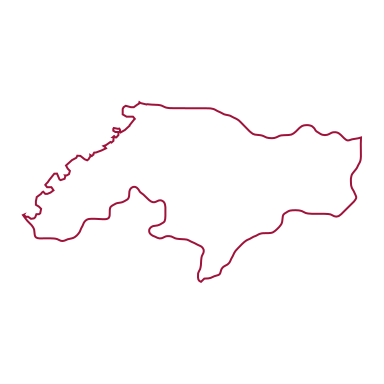 the district of Banica, La Estrelleta, Dominican Republic
{"feature_id": "3306468B73916150464178", "entity_name": "Banica", "entity_type": "district", "adm_level": 2, "iso_a3": "DOM", "parent_name": "Dominican Republic", "parent_adm1": "La Estrelleta", "projection": "albers", "projection_center": [-71.658, 19.016], "detail": "fine", "context": "isolated", "style": "outline", "palette": "rose", "viewbox_px": 384, "rotation_deg": 0, "n_neighbors": 0, "source": "geoboundaries", "source_scale": "gbopen_adm2", "svg_char_len": 5475}
<svg xmlns="http://www.w3.org/2000/svg" viewBox="0 0 384 384"><path d="M201.0,281.8L204.3,278.6L208.3,278.4L210.6,277.9L214.4,276.2L218.4,275.0L219.5,274.3L220.2,273.2L221.0,270.6L221.4,269.3L222.2,268.1L223.1,267.1L224.2,266.3L227.3,264.6L228.4,263.7L229.4,262.6L230.1,261.4L231.3,258.7L232.7,256.2L234.3,252.8L235.6,250.8L237.8,248.4L241.9,244.2L244.3,242.0L246.3,240.5L247.6,239.8L249.7,238.9L253.4,236.8L256.2,235.7L258.7,234.3L260.0,233.8L261.5,233.4L263.1,233.2L268.7,233.1L271.0,232.9L272.5,232.5L273.3,232.1L275.3,230.7L277.2,229.0L279.0,227.2L280.6,225.2L281.5,223.8L281.8,223.0L282.2,221.5L282.8,216.4L283.2,215.1L283.6,214.5L284.5,213.6L287.4,211.8L288.6,211.1L290.0,210.6L292.4,210.3L295.6,210.2L298.8,210.4L300.4,210.7L301.9,211.1L305.7,213.0L308.0,213.5L312.1,213.8L323.9,213.8L328.1,214.0L330.5,214.4L331.8,215.0L334.2,216.2L335.6,216.5L336.4,216.6L337.8,216.3L338.6,216.1L339.9,215.2L341.2,214.2L354.0,201.5L355.4,199.6L356.1,198.3L356.2,197.6L356.2,196.9L355.8,195.7L353.8,191.3L352.0,188.2L351.5,186.8L351.1,185.2L351.0,183.6L350.9,181.2L350.9,178.8L351.3,176.5L351.7,175.0L352.1,174.2L353.0,172.9L356.0,169.2L356.9,167.9L358.2,165.2L359.9,162.1L360.4,160.6L360.7,159.0L360.9,156.5L360.8,143.7L361.0,137.5L358.2,138.3L352.1,139.3L349.0,140.3L347.8,140.4L347.1,140.3L345.8,139.6L344.0,138.1L341.1,135.2L339.8,134.1L338.5,133.1L337.0,132.5L335.4,132.2L333.1,132.3L331.7,132.7L328.6,134.3L327.2,134.8L324.9,135.1L322.6,134.8L321.9,134.6L320.6,134.0L316.5,131.4L315.6,130.5L314.6,128.8L313.8,127.8L312.2,126.4L311.6,126.0L310.1,125.5L308.6,125.2L307.0,125.1L305.4,125.2L303.9,125.4L302.4,125.9L301.6,126.3L299.6,127.8L296.0,131.4L294.1,133.0L292.7,133.9L291.2,134.6L288.7,135.0L283.7,135.2L281.2,135.4L279.6,135.8L276.4,137.3L274.2,138.0L271.9,138.2L268.8,138.0L266.5,137.5L263.3,136.0L261.9,135.5L260.4,135.2L255.0,134.6L253.5,134.1L252.8,133.8L251.4,132.8L249.5,131.2L240.5,122.0L238.7,120.3L237.3,119.4L235.9,118.6L233.9,117.7L230.1,115.7L228.6,115.3L225.6,114.7L224.1,114.3L220.3,112.3L217.6,111.1L214.5,109.4L213.0,108.9L210.5,108.4L207.1,108.3L173.9,108.2L169.6,108.1L167.9,107.9L166.2,107.6L164.8,107.1L161.6,105.6L160.1,105.2L157.8,104.9L151.3,104.6L147.1,104.2L146.6,104.5L140.7,103.1L139.4,102.2L139.0,103.6L136.9,104.9L134.9,106.4L133.8,107.2L130.9,107.2L125.7,105.8L123.6,107.2L122.7,109.0L122.7,111.5L122.7,114.2L122.7,114.4L126.6,116.7L133.0,116.7L133.3,117.0L134.8,118.9L133.9,119.8L129.6,125.2L129.6,125.7L124.9,130.0L120.5,132.5L119.8,131.7L120.1,130.1L119.3,128.6L117.9,128.8L113.8,128.0L113.3,128.9L113.3,130.7L115.4,132.0L116.7,132.0L118.4,132.0L118.4,135.1L116.3,137.4L116.1,137.4L115.4,137.4L114.1,136.1L113.4,136.7L112.8,137.2L113.6,137.3L113.4,140.9L111.4,142.6L110.4,142.0L106.6,144.7L106.0,145.1L103.6,146.0L105.0,147.0L106.0,148.3L101.4,150.5L96.0,152.5L94.2,152.6L93.5,153.7L93.5,154.6L93.1,154.9L92.2,155.6L91.8,156.0L91.3,155.6L90.3,155.0L90.4,156.4L89.2,158.1L88.6,159.2L87.2,160.3L84.7,159.3L80.4,155.9L77.3,155.7L77.2,156.0L76.3,157.8L73.1,159.5L72.0,160.1L66.0,165.5L66.2,165.8L66.6,166.6L67.7,168.6L69.9,170.9L69.0,174.1L66.8,175.4L65.1,175.4L65.4,175.8L64.6,178.8L60.6,180.1L59.5,179.4L57.0,173.6L54.3,173.7L52.2,176.3L49.4,179.8L47.7,182.3L46.2,183.8L45.3,184.9L47.1,187.2L48.1,187.2L51.4,187.2L53.5,190.3L50.5,192.6L49.9,192.8L47.5,193.8L47.1,193.9L45.3,193.9L43.5,192.0L43.2,191.7L42.6,192.1L41.9,192.6L41.0,193.9L36.7,197.1L36.6,197.9L35.9,201.2L35.9,204.8L36.2,205.0L38.9,206.6L39.3,207.0L41.1,208.8L40.2,213.3L38.9,214.2L36.4,214.2L35.2,217.3L33.9,218.4L31.0,218.8L28.0,216.7L26.2,216.9L23.7,215.0L23.9,214.7L23.0,215.1L25.8,218.9L27.4,220.9L31.6,225.2L33.1,227.3L33.8,228.7L34.1,229.5L34.3,230.9L34.7,234.6L35.0,235.9L35.3,236.5L35.7,237.1L36.2,237.5L37.5,238.1L39.7,238.4L49.7,238.3L54.0,238.5L55.6,238.7L57.2,239.1L59.7,240.3L60.9,240.8L62.4,241.0L63.8,240.8L65.1,240.4L67.6,239.3L72.0,238.3L73.5,237.8L74.9,237.0L76.8,235.5L78.4,233.7L79.8,231.7L81.2,228.3L82.6,225.7L83.7,223.1L84.5,221.8L85.4,220.8L86.0,220.3L87.2,219.5L88.8,219.0L91.3,218.8L94.8,218.8L102.7,219.2L105.1,219.2L106.7,219.0L108.1,218.4L108.7,217.9L109.1,217.3L109.6,215.9L109.7,214.4L109.8,209.7L110.1,208.2L110.3,207.5L110.7,206.9L111.2,206.4L112.2,205.6L115.8,203.6L117.2,203.1L121.0,202.5L122.5,202.1L124.4,201.2L127.3,199.5L128.2,198.6L128.8,197.3L129.1,195.9L129.4,191.5L129.8,190.1L130.5,188.8L131.5,187.8L132.7,187.1L133.5,186.9L134.2,186.9L135.0,186.9L135.7,187.1L136.9,187.8L137.9,188.8L138.7,189.8L139.7,191.5L140.5,192.4L143.4,194.6L148.9,199.9L150.9,201.4L152.3,202.0L153.1,202.2L154.5,202.2L155.8,201.8L158.7,200.5L160.1,200.3L160.8,200.3L162.2,200.8L163.4,201.6L164.3,202.7L164.9,204.1L165.2,205.7L165.4,207.3L165.4,215.8L165.2,219.0L164.8,220.5L164.6,221.2L164.2,221.8L163.1,222.7L159.6,224.7L157.6,225.4L153.1,226.1L151.8,226.7L150.7,227.5L149.8,228.6L149.4,229.3L149.2,230.0L149.2,230.8L149.2,231.5L149.4,232.3L149.7,233.0L150.1,233.6L151.1,234.6L152.2,235.4L152.9,235.8L154.9,236.6L157.4,237.8L158.8,238.2L159.5,238.4L161.0,238.3L161.7,238.2L163.0,237.7L164.8,236.8L166.1,236.3L167.6,236.1L169.1,236.1L171.4,236.5L175.2,238.3L176.8,238.7L179.3,239.0L184.4,239.3L186.9,239.6L188.4,240.2L191.5,241.8L194.3,243.0L197.5,244.7L200.1,245.9L201.4,246.6L202.4,247.6L202.8,248.1L203.5,249.4L203.7,250.1L203.7,251.6L203.4,252.9L201.9,256.0L201.5,257.5L201.2,260.0L200.9,265.2L200.5,267.6L200.1,269.1L198.8,271.6L198.1,273.4L198.0,277.4L198.4,279.5L199.1,280.6L199.5,281.0L201.0,281.8Z" fill="none" stroke="#9f1239" stroke-width="2"/></svg>